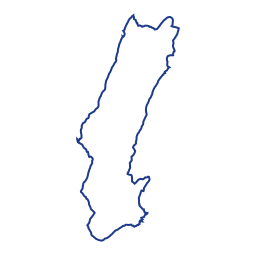 Pesca, Boyacá, Colombia
{"feature_id": "7082276B29348566531971", "entity_name": "Pesca", "entity_type": "district", "adm_level": 2, "iso_a3": "COL", "parent_name": "Colombia", "parent_adm1": "Boyacá", "projection": "robinson", "projection_center": [-73.058, 5.497], "detail": "fine", "context": "isolated", "style": "outline", "palette": "blue", "viewbox_px": 256, "rotation_deg": 0, "n_neighbors": 0, "source": "geoboundaries", "source_scale": "gbopen_adm2", "svg_char_len": 5806}
<svg xmlns="http://www.w3.org/2000/svg" viewBox="0 0 256 256"><path d="M124.8,28.3L124.6,29.7L123.2,30.8L124.2,32.1L124.6,33.7L124.6,34.6L124.0,36.1L123.3,36.7L122.5,36.2L122.6,37.2L122.2,37.5L121.0,39.9L120.4,41.8L119.4,44.0L119.0,45.3L118.8,46.7L118.5,47.3L117.9,50.0L117.8,51.8L117.6,52.5L117.3,53.2L116.9,54.4L115.9,58.9L116.3,60.1L116.0,61.4L115.6,62.0L114.9,62.6L114.6,63.1L114.4,63.6L113.9,64.4L113.6,65.1L113.3,65.6L111.9,67.6L111.2,69.8L110.2,72.0L109.1,73.7L107.6,77.9L106.1,80.7L105.4,84.7L105.3,87.4L105.1,88.9L104.9,89.6L104.5,90.1L102.9,91.5L102.2,92.6L101.6,93.7L100.9,95.9L99.9,97.4L98.5,101.5L98.5,102.8L98.6,104.3L98.4,106.4L98.2,106.9L97.6,107.7L96.2,108.8L95.5,109.5L94.7,110.7L94.1,111.5L91.8,112.7L89.4,114.2L89.2,114.7L88.8,116.2L88.7,117.3L88.3,118.1L86.9,118.7L85.8,120.1L85.5,120.7L85.5,121.2L85.2,121.8L84.4,122.4L83.2,123.0L82.9,123.3L82.2,124.7L81.7,125.7L81.8,127.4L81.6,128.2L81.4,128.8L80.9,129.6L81.0,130.3L80.8,131.2L81.5,135.4L81.5,137.3L81.5,137.6L80.4,138.9L79.6,138.9L79.5,139.1L78.8,140.9L78.1,140.3L77.2,139.2L77.2,139.8L77.5,140.5L78.0,142.3L78.7,142.8L79.4,143.0L80.7,143.8L82.1,144.5L82.7,145.5L83.2,146.7L84.2,148.1L84.9,148.6L85.5,148.9L86.1,149.4L86.4,149.9L86.5,150.9L86.8,151.8L87.9,151.9L88.1,152.3L88.6,155.1L89.0,156.6L89.4,157.0L90.4,156.6L90.8,156.7L91.3,157.0L91.8,157.4L92.7,158.7L92.8,159.1L92.7,159.7L92.1,161.0L92.1,162.0L92.2,163.4L91.6,164.2L91.3,165.0L90.6,165.7L90.1,168.0L89.4,169.4L89.0,171.0L88.5,172.1L87.7,176.0L87.1,178.0L85.4,181.0L83.6,182.7L83.5,182.9L82.8,186.3L82.6,188.3L82.5,188.7L81.2,190.6L80.9,191.5L81.1,192.2L82.4,193.2L84.5,196.3L86.0,197.1L86.1,197.3L86.3,198.7L86.5,198.8L87.4,199.2L88.3,200.6L88.9,202.5L89.0,204.2L89.5,205.4L90.5,207.4L90.9,209.0L94.6,212.6L94.6,212.9L93.0,215.4L90.2,218.9L89.2,222.9L87.4,225.2L87.4,225.6L87.9,226.1L88.3,226.7L88.3,227.8L91.2,232.8L91.2,234.1L91.3,234.5L92.0,235.6L93.5,236.6L94.6,237.6L96.1,238.9L98.9,240.1L101.3,240.6L102.6,240.4L103.6,239.9L104.8,238.7L105.8,238.3L107.0,238.1L108.5,237.0L109.4,236.5L110.4,235.4L111.9,234.2L113.2,232.7L114.6,231.4L115.3,230.5L116.6,230.2L117.3,229.8L120.1,227.9L121.5,227.1L123.0,225.9L123.4,225.8L124.4,225.8L125.7,224.8L126.4,224.7L128.5,225.0L131.1,224.6L132.1,225.7L133.3,225.7L133.8,226.0L134.3,226.7L135.2,226.2L136.1,226.0L136.5,225.6L136.9,225.4L137.4,224.9L137.7,224.9L138.3,225.0L138.4,224.7L138.8,224.2L139.1,224.0L139.4,224.0L139.3,223.5L139.8,222.8L139.9,222.3L139.6,221.4L140.0,220.7L140.3,220.8L140.7,221.2L141.5,221.0L142.2,221.5L142.3,221.5L141.5,220.3L141.5,219.6L142.1,219.4L141.6,219.1L141.7,218.3L141.4,218.1L141.3,217.8L142.3,217.6L142.5,217.4L143.3,217.3L143.5,217.2L143.9,217.1L144.1,216.9L144.3,216.2L145.1,214.8L146.2,214.4L147.4,213.5L147.4,213.1L146.9,213.3L146.1,212.7L145.9,212.7L145.6,213.1L145.2,213.0L145.0,212.8L144.7,212.1L144.2,211.6L143.9,209.4L143.7,209.4L143.4,209.7L143.2,209.6L139.4,205.5L139.6,204.5L139.6,204.4L139.3,204.3L139.1,203.7L139.0,199.6L138.9,198.4L138.8,197.9L140.4,193.8L140.8,192.2L141.5,190.5L141.8,190.5L143.0,191.0L143.5,191.1L143.7,190.4L144.0,188.1L144.4,187.3L145.5,185.8L147.0,183.2L148.4,181.7L149.4,180.1L149.5,178.9L148.9,176.9L148.4,176.9L148.0,176.7L147.5,177.1L146.7,177.4L146.1,177.5L145.2,177.4L144.9,177.7L144.6,178.2L143.3,179.1L142.9,179.1L142.6,179.3L141.5,179.0L140.0,178.9L139.5,179.3L138.8,179.5L138.1,179.9L137.4,181.0L137.0,181.2L136.7,181.5L136.6,181.9L136.1,182.5L135.3,183.0L134.9,183.5L134.6,183.7L133.1,182.2L132.4,181.8L132.1,181.5L132.0,180.4L132.2,179.5L132.0,178.9L132.0,177.4L131.8,176.1L131.4,175.1L128.7,174.5L127.9,174.1L127.5,173.8L127.9,172.6L128.4,171.9L128.7,171.1L129.1,170.4L129.2,169.8L130.2,167.7L130.0,167.3L130.1,165.6L129.8,163.0L130.2,162.3L130.8,161.7L131.8,160.2L131.5,156.7L133.4,155.1L134.7,152.6L135.1,151.4L135.1,150.9L134.8,150.3L133.0,147.4L133.8,145.6L134.2,145.2L135.2,144.5L135.9,143.6L136.0,143.3L135.9,142.0L136.5,139.5L136.6,138.1L136.5,137.2L136.9,135.8L137.4,134.7L137.7,133.8L138.7,132.6L139.3,131.6L139.6,130.9L141.1,128.8L141.5,127.7L141.6,126.8L141.7,126.4L142.5,125.4L143.2,123.9L143.3,122.1L143.7,120.8L145.3,117.4L146.5,115.2L146.6,114.0L146.5,113.3L146.0,111.8L146.1,111.3L145.9,110.1L146.1,107.6L146.8,105.2L148.1,102.7L148.9,100.7L149.3,99.3L150.9,97.1L151.5,95.5L152.1,94.5L152.6,91.9L153.9,88.7L154.3,88.1L154.6,87.3L155.5,86.3L157.6,83.0L158.4,80.5L158.7,80.1L159.2,79.6L160.0,78.2L160.6,77.7L162.3,75.4L162.7,75.0L163.4,74.6L163.7,73.7L164.5,73.0L164.8,73.0L165.1,73.0L164.8,71.8L165.3,71.5L165.8,71.0L167.1,70.2L168.1,68.3L168.9,67.5L169.3,67.3L167.9,66.5L167.3,65.6L167.2,64.1L167.5,61.7L167.0,60.5L167.0,60.2L166.9,58.9L166.9,58.1L167.2,57.2L167.9,56.1L168.3,55.9L170.0,55.3L172.3,55.2L172.9,55.4L173.1,55.3L173.1,53.7L173.8,51.6L174.5,51.4L174.6,50.5L174.4,49.9L173.2,47.2L173.0,46.0L173.0,45.4L173.4,43.5L173.5,42.7L173.1,41.1L173.0,40.5L174.3,38.9L177.0,34.6L177.5,33.4L177.7,32.3L178.5,29.8L178.5,29.3L178.8,28.3L176.6,27.4L176.4,27.5L174.5,26.9L172.4,26.6L171.6,26.1L172.2,25.6L172.6,24.1L172.9,19.9L172.1,18.2L170.4,17.1L169.9,17.0L169.3,17.0L168.0,17.3L166.9,17.8L165.0,19.6L164.5,19.9L163.8,20.5L161.1,23.7L160.2,25.0L157.6,28.4L156.9,29.0L155.9,29.3L154.7,29.5L154.1,28.6L153.4,28.1L153.0,27.9L151.7,27.6L151.3,27.3L150.9,26.8L150.2,26.7L149.6,26.9L149.4,26.8L149.1,26.6L148.7,26.0L148.1,25.9L147.8,25.8L145.2,25.6L144.2,26.2L143.1,26.4L142.7,26.3L142.3,26.7L141.6,26.4L141.2,25.9L140.3,25.7L139.8,25.4L139.1,25.6L138.8,25.8L138.3,25.8L137.4,24.1L137.4,23.7L137.2,23.5L137.4,23.1L137.3,22.9L136.4,22.4L136.3,21.7L136.0,21.2L135.8,20.2L135.3,19.9L135.0,19.6L134.6,19.5L133.9,18.9L133.9,18.2L134.0,17.8L133.8,17.5L133.9,16.8L133.7,16.3L133.3,15.9L133.3,15.4L132.1,16.2L131.4,17.4L130.0,18.5L129.1,19.6L128.6,20.4L128.0,21.9L126.6,24.4L124.8,28.3Z" fill="none" stroke="#1e3a8a" stroke-width="2"/></svg>